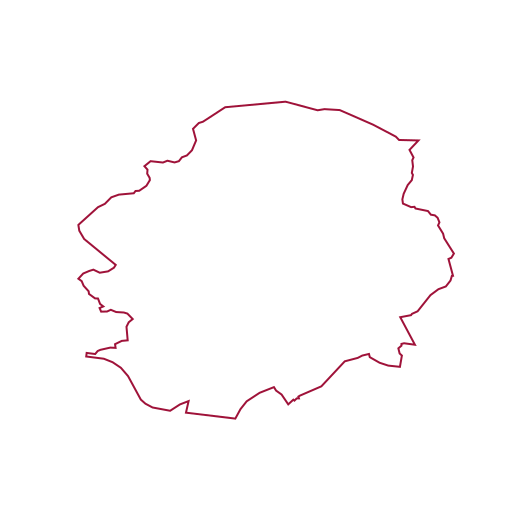 outline of Glencullen-Sandyford Lea-7, Dún Laoghaire–Rathdown, Ireland, rotated 164°
{"feature_id": "5873133B89010299854845", "entity_name": "Glencullen-Sandyford Lea-7", "entity_type": "district", "adm_level": 2, "iso_a3": "IRL", "parent_name": "Ireland", "parent_adm1": "Dún Laoghaire–Rathdown", "projection": "robinson", "projection_center": [-6.233, 53.242], "detail": "fine", "context": "isolated", "style": "outline", "palette": "rose", "viewbox_px": 512, "rotation_deg": 164, "n_neighbors": 0, "source": "geoboundaries", "source_scale": "gbopen_adm2", "svg_char_len": 1945}
<svg xmlns="http://www.w3.org/2000/svg" viewBox="0 0 512 512"><g transform="rotate(164 256 256)"><path d="M148.2,109.8L143.2,120.1L144.8,122.7L144.6,128.0L140.9,129.7L140.4,131.4L137.7,131.3L127.7,126.9L134.2,157.4L123.3,156.4L122.0,157.4L115.9,158.3L99.1,170.3L89.8,173.8L81.9,174.4L75.8,178.8L73.2,182.9L72.1,182.7L71.8,200.1L68.7,200.5L65.1,203.8L70.2,221.2L70.0,225.9L72.6,235.2L70.4,237.8L70.9,242.7L72.9,245.8L76.5,247.5L78.3,251.8L89.6,257.7L90.1,259.6L93.4,260.2L100.3,265.9L99.7,270.1L96.9,275.1L90.6,282.4L85.3,286.0L82.8,290.7L83.3,292.9L80.4,298.8L79.4,305.0L77.4,307.3L79.2,315.7L68.0,322.3L86.5,328.1L88.7,332.2L107.3,350.0L135.3,373.2L149.7,378.3L156.6,379.1L185.1,396.2L244.6,407.5L270.0,399.7L274.3,399.6L281.5,395.6L281.7,383.6L288.4,375.3L294.7,371.7L300.0,371.3L304.0,368.4L308.5,368.4L314.9,372.0L319.7,371.5L331.2,376.2L338.5,373.1L336.5,368.9L337.9,365.1L336.7,360.4L337.1,358.2L342.0,353.7L350.3,350.9L353.9,351.7L356.2,350.0L370.9,352.8L378.9,352.3L386.9,347.8L394.4,346.5L416.7,335.6L418.2,334.8L418.9,329.0L416.5,319.7L393.3,286.1L395.8,283.9L402.4,282.0L410.8,283.0L416.1,287.7L420.3,287.6L426.9,286.8L433.0,283.1L430.5,279.9L429.9,274.9L426.6,268.2L427.0,265.6L422.4,259.6L419.6,258.7L419.1,252.9L416.7,249.6L420.7,249.1L420.2,245.2L414.5,243.7L410.4,244.3L405.9,240.7L398.6,238.1L395.5,236.1L391.9,229.4L396.6,227.4L400.0,223.7L402.6,210.3L408.4,211.4L415.8,210.1L416.3,206.4L421.3,208.1L431.5,208.7L434.4,208.3L437.6,206.1L445.5,209.5L446.9,206.2L430.6,199.2L423.1,193.4L416.7,185.8L412.1,175.8L406.3,149.7L403.0,144.5L397.2,138.9L381.2,130.9L370.0,134.3L360.8,135.1L366.5,124.7L320.7,105.4L313.1,113.1L305.0,118.9L290.2,123.5L274.9,125.0L273.8,121.1L269.6,115.8L265.9,104.5L259.7,107.6L258.9,106.4L256.1,107.9L254.0,107.3L254.0,109.2L252.1,109.7L229.1,112.7L199.7,130.3L186.3,130.0L181.3,131.0L174.4,130.7L174.5,127.4L166.6,119.3L159.1,114.2L148.2,109.8Z" fill="none" stroke="#9f1239" stroke-width="2"/></g></svg>